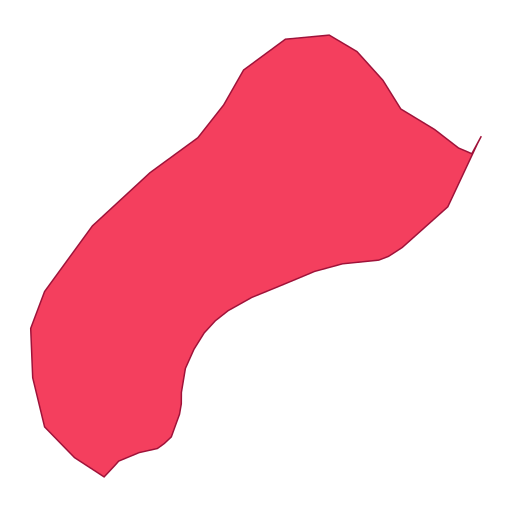 the district of L'Hermitage, Gros Islet, Saint Lucia
{"feature_id": "8701671B71072292356728", "entity_name": "L'Hermitage", "entity_type": "district", "adm_level": 2, "iso_a3": "LCA", "parent_name": "Saint Lucia", "parent_adm1": "Gros Islet", "projection": "orthographic", "projection_center": [-60.94, 14.065], "detail": "fine", "context": "isolated", "style": "filled", "palette": "rose", "viewbox_px": 512, "rotation_deg": 0, "n_neighbors": 0, "source": "geoboundaries", "source_scale": "gbopen_adm2", "svg_char_len": 673}
<svg xmlns="http://www.w3.org/2000/svg" viewBox="0 0 512 512"><path d="M104.1,476.9L114.7,465.6L118.7,461.1L139.1,452.6L157.4,448.5L164.3,443.5L171.3,436.9L175.2,426.1L179.5,414.3L181.3,403.9L181.4,392.4L185.4,368.4L194.0,349.2L204.2,332.9L215.4,320.7L228.2,310.6L251.8,297.4L269.2,290.3L286.9,283.0L314.6,271.4L342.5,263.8L378.8,260.1L388.6,256.3L402.2,247.5L447.8,206.8L477.4,143.7L481.3,136.2L471.8,153.7L458.5,148.0L434.6,129.5L400.8,109.0L382.9,80.3L357.0,51.6L329.2,35.1L285.4,39.2L243.6,70.0L223.7,104.9L197.9,137.7L150.1,172.6L92.4,225.9L44.6,291.5L30.7,328.4L32.7,377.7L44.6,426.9L74.5,457.6L104.1,476.9Z" fill="#f43f5e" stroke="#9f1239" stroke-width="1.5"/></svg>